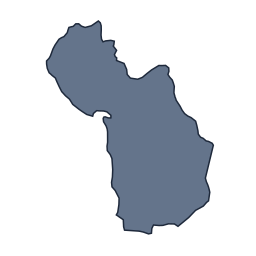 the district of Maradong, Sarawak, Malaysia, rotated 7°
{"feature_id": "92858781B62656857098547", "entity_name": "Maradong", "entity_type": "district", "adm_level": 2, "iso_a3": "MYS", "parent_name": "Malaysia", "parent_adm1": "Sarawak", "projection": "orthographic", "projection_center": [111.617, 2.17], "detail": "fine", "context": "isolated", "style": "filled", "palette": "slate", "viewbox_px": 256, "rotation_deg": 7, "n_neighbors": 0, "source": "geoboundaries", "source_scale": "gbopen_adm2", "svg_char_len": 1849}
<svg xmlns="http://www.w3.org/2000/svg" viewBox="0 0 256 256"><g transform="rotate(7 128 128)"><path d="M127.0,215.7L134.5,219.6L135.7,226.6L137.0,229.8L151.6,229.0L155.9,229.4L161.3,230.6L164.1,229.6L163.9,224.8L165.1,221.2L170.7,221.0L174.5,220.4L179.8,218.2L185.8,217.6L189.6,219.5L199.1,209.5L205.1,201.5L212.3,196.3L215.0,192.3L216.8,190.5L217.0,181.8L216.0,179.0L215.0,176.6L214.0,174.6L212.4,171.9L210.9,168.3L214.8,134.7L213.4,132.9L209.5,131.5L207.1,131.3L203.9,129.1L201.1,128.3L198.5,125.5L197.7,122.1L195.9,116.9L194.3,113.0L189.4,110.0L185.8,108.8L182.4,106.8L179.6,103.8L177.0,100.0L172.5,94.7L171.5,92.5L170.7,91.3L170.7,90.9L169.3,87.5L169.1,84.9L168.9,81.1L167.5,77.8L166.1,75.0L163.1,72.4L161.1,70.0L161.7,66.8L161.1,63.4L157.7,61.3L153.4,62.0L151.0,62.2L144.4,67.4L140.4,71.4L136.1,76.0L131.7,78.4L124.3,78.2L120.7,75.0L119.5,70.0L116.2,64.4L108.4,62.4L108.2,59.7L106.6,58.7L105.6,56.7L107.2,52.3L103.4,48.5L103.8,47.3L103.8,43.5L100.2,43.1L95.1,44.3L92.7,45.5L90.9,43.1L89.9,39.0L89.5,33.8L88.9,29.8L87.7,27.0L85.5,25.4L83.3,27.4L79.2,31.0L73.2,33.4L69.4,32.6L66.4,30.6L63.4,31.0L61.3,33.8L59.5,34.4L57.1,35.4L56.7,37.2L56.5,38.2L56.1,40.8L53.3,45.1L50.9,46.5L48.7,48.3L45.5,54.5L43.9,58.7L42.2,66.0L41.2,68.4L39.0,71.4L39.4,74.4L40.6,78.6L43.0,82.8L44.3,83.6L46.3,85.1L49.9,87.3L50.8,89.0L52.1,91.2L54.2,94.6L55.1,96.0L57.8,100.0L62.0,103.6L66.4,106.5L70.3,111.3L77.1,115.4L80.5,117.2L85.4,119.6L91.5,120.6L91.9,117.8L94.8,114.6L97.4,114.5L101.6,114.1L105.0,114.5L109.4,117.4L109.7,119.0L109.7,120.1L107.3,120.4L103.9,119.7L102.6,120.2L102.2,121.6L103.0,124.8L106.0,128.6L107.4,131.4L108.2,134.4L109.5,144.7L109.4,148.6L110.2,153.0L113.6,156.5L115.8,160.3L117.9,171.2L118.5,178.6L118.3,184.0L119.3,188.4L122.9,191.6L127.7,198.7L128.3,205.1L128.1,213.0L127.0,215.7Z" fill="#64748b" stroke="#1e293b" stroke-width="1.5"/></g></svg>